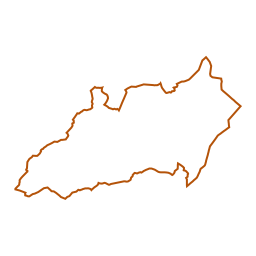 Jølster nor, Sogn og Fjordane, Norway
{"feature_id": "86288312B82743571298171", "entity_name": "Jølster nor", "entity_type": "district", "adm_level": 2, "iso_a3": "NOR", "parent_name": "Norway", "parent_adm1": "Sogn og Fjordane", "projection": "orthographic", "projection_center": [6.402, 61.569], "detail": "fine", "context": "isolated", "style": "outline", "palette": "amber", "viewbox_px": 256, "rotation_deg": 0, "n_neighbors": 0, "source": "geoboundaries", "source_scale": "gbopen_adm2", "svg_char_len": 5777}
<svg xmlns="http://www.w3.org/2000/svg" viewBox="0 0 256 256"><path d="M72.9,119.7L73.7,120.6L73.8,122.7L72.8,123.2L72.3,123.5L72.3,124.1L72.5,125.1L72.5,125.8L72.0,126.6L71.5,127.5L66.6,132.8L67.4,133.5L67.5,133.7L68.3,135.5L68.0,136.3L67.3,137.3L66.3,138.6L65.8,139.4L62.9,139.8L62.3,139.9L61.0,139.9L57.4,141.9L54.4,141.6L51.8,143.1L51.0,143.5L49.6,144.2L47.8,145.0L46.9,145.5L46.1,146.3L43.7,147.9L43.2,148.8L41.9,149.3L40.9,150.2L40.7,150.8L41.0,151.4L39.8,153.5L37.4,155.8L36.2,155.9L32.9,155.7L31.8,157.2L30.6,158.0L29.3,159.0L27.4,162.0L27.3,163.0L27.0,167.8L26.9,168.5L26.2,169.5L26.4,170.3L27.4,170.8L27.4,171.6L27.1,171.8L22.5,176.5L20.9,178.3L19.8,179.9L19.6,180.2L19.7,182.1L19.4,182.7L19.2,184.7L18.6,185.5L17.9,186.1L15.4,188.7L15.4,189.4L19.6,190.5L25.4,192.7L25.1,193.1L25.1,193.7L25.2,193.9L25.2,194.5L25.2,195.0L25.2,195.4L25.3,195.5L26.3,195.6L27.4,196.1L28.0,196.3L28.6,196.3L29.4,196.3L31.8,194.7L32.7,194.1L34.8,193.6L38.3,192.0L43.9,188.2L47.6,187.5L50.7,190.3L51.5,191.2L53.8,191.4L56.1,192.9L59.6,195.7L60.9,197.0L65.3,198.8L67.3,196.9L69.4,196.1L72.3,192.6L76.4,191.6L78.3,189.8L79.1,190.0L79.9,190.3L80.3,190.0L81.6,189.7L81.9,189.6L82.1,189.4L82.5,189.2L85.2,188.4L86.2,188.4L86.7,188.4L88.2,188.3L88.6,188.4L89.0,188.5L90.2,188.9L90.6,189.1L91.1,189.7L91.4,190.1L92.1,189.3L93.0,188.6L93.8,187.8L95.0,186.9L96.4,186.0L97.7,184.9L98.1,184.2L98.3,183.6L98.4,183.2L98.5,182.9L99.7,183.4L101.7,183.6L102.5,183.5L104.3,182.9L104.9,182.9L106.0,183.3L107.3,184.0L108.5,184.6L109.0,184.8L109.7,184.6L110.9,184.0L124.1,181.3L125.0,181.3L126.1,181.6L127.0,181.6L128.1,181.4L130.5,179.9L130.9,178.8L130.9,178.3L131.2,177.5L131.9,176.9L132.4,176.5L132.6,176.1L132.7,175.7L132.7,175.3L132.7,175.0L133.0,174.7L133.2,174.4L133.5,174.1L133.8,173.8L134.2,173.3L134.7,172.9L135.2,173.0L135.8,173.1L136.8,173.4L137.2,173.4L137.6,173.3L138.3,172.8L140.3,172.2L140.5,172.2L141.1,172.5L141.4,172.6L141.6,172.5L143.1,171.5L143.7,171.0L144.6,170.6L145.7,170.0L148.0,169.1L149.4,168.5L150.5,168.5L151.3,168.5L152.0,168.7L154.3,169.5L155.0,169.8L157.9,171.6L158.5,171.9L159.6,172.2L160.6,172.3L163.4,172.3L165.8,172.4L168.1,172.7L168.8,172.9L169.8,173.4L170.2,173.5L170.6,173.7L171.6,174.6L172.2,175.0L172.7,174.7L173.0,174.5L174.0,173.3L174.5,172.5L174.6,171.9L174.8,171.0L176.4,169.8L177.7,168.8L177.7,168.2L177.8,166.7L177.8,165.3L177.9,164.2L178.0,163.4L180.1,164.7L181.0,165.3L183.0,166.8L184.0,167.9L184.0,168.2L183.8,169.8L183.7,170.3L184.1,170.5L185.1,170.6L185.7,170.9L186.5,171.6L186.9,172.1L188.0,173.3L188.1,173.7L188.1,174.0L187.7,174.5L187.6,176.7L187.5,176.8L186.6,177.5L186.1,177.9L186.2,178.1L186.9,179.4L186.9,179.9L186.9,180.5L186.9,181.6L186.9,184.3L186.9,185.3L187.0,186.2L189.0,184.5L190.0,183.6L190.7,183.0L192.7,181.4L194.1,180.0L194.9,179.4L196.8,177.7L197.7,176.0L198.7,173.7L199.7,171.7L200.2,170.0L200.6,168.9L200.9,168.6L202.0,167.8L204.2,166.0L204.8,165.4L205.2,164.5L205.7,162.6L206.0,161.7L206.1,160.8L206.9,158.0L207.8,154.9L208.1,153.5L208.5,152.1L208.9,150.1L209.1,149.6L210.0,146.2L210.5,145.7L210.8,145.2L212.1,143.5L215.6,138.7L215.9,138.2L216.4,137.6L217.3,136.2L217.8,135.6L218.1,135.3L218.5,135.0L220.7,133.5L221.8,132.6L222.5,132.1L224.1,130.9L225.3,130.1L228.5,127.7L229.2,127.3L228.9,125.1L228.8,123.6L228.6,122.2L228.4,120.1L233.6,114.2L237.7,109.5L240.6,106.2L235.5,101.9L233.8,100.2L232.0,98.8L228.7,95.8L226.5,93.9L223.8,91.6L223.5,91.4L222.6,90.5L221.6,89.6L221.3,86.0L221.3,84.9L221.3,83.6L221.5,83.0L221.8,81.2L221.5,80.5L221.4,80.0L221.2,78.6L212.4,77.3L210.5,75.8L210.3,74.9L210.1,73.9L210.2,73.3L210.6,70.3L210.9,68.1L211.2,66.0L210.1,63.0L209.7,61.9L207.1,58.5L206.0,57.2L203.4,59.6L202.4,60.4L198.8,69.9L197.7,71.0L190.2,78.5L188.8,79.7L185.3,81.1L183.8,81.5L181.7,81.6L176.8,83.9L177.5,85.4L176.9,86.8L174.7,87.4L174.1,87.4L173.7,87.6L174.1,88.0L174.6,88.3L174.5,88.7L174.4,89.0L174.6,89.9L174.7,90.5L174.1,91.0L171.9,91.3L171.4,92.1L171.2,92.4L170.9,92.5L170.4,92.5L170.1,92.3L169.9,92.2L169.4,92.1L168.3,92.5L166.7,93.0L166.2,92.9L165.8,92.7L164.9,91.6L164.0,90.5L163.2,89.4L162.5,88.5L162.1,87.9L161.9,87.5L161.3,85.9L161.0,84.6L160.5,83.3L160.2,83.8L159.4,84.1L158.1,84.9L157.5,85.0L157.4,85.1L157.2,85.2L155.3,85.2L154.3,85.3L153.9,85.2L153.3,85.1L143.7,84.4L140.5,85.4L138.5,86.0L136.9,86.5L136.6,86.6L136.4,86.8L136.0,86.9L131.4,86.6L130.1,87.2L127.5,88.5L125.3,90.0L126.1,91.2L126.4,92.1L126.5,92.6L124.4,97.5L123.9,98.7L123.3,100.0L122.0,103.0L121.2,105.0L120.3,107.2L119.7,108.6L118.9,110.4L118.5,109.8L118.1,109.4L117.8,109.2L117.2,108.9L116.7,109.3L116.0,109.4L115.1,109.0L114.5,108.8L114.4,108.8L114.2,108.8L113.7,109.0L113.0,109.3L112.3,109.0L111.5,108.7L109.1,108.0L108.7,107.8L108.6,107.7L108.0,107.0L106.9,106.2L106.2,105.7L105.6,105.5L104.3,104.7L105.1,103.8L105.5,103.3L106.1,102.4L106.4,101.9L106.8,101.2L107.1,100.7L107.7,99.1L108.0,98.4L108.0,98.1L107.9,97.2L107.8,96.7L107.6,96.1L107.4,95.8L107.4,95.6L107.2,95.2L106.7,94.6L106.4,94.3L106.1,94.3L105.1,93.8L103.8,93.0L103.1,92.5L102.1,91.6L101.9,91.3L101.8,90.8L101.8,90.5L101.9,89.1L102.1,87.8L102.2,87.6L101.4,87.8L99.1,87.9L98.7,87.8L98.1,87.7L97.7,87.8L96.5,87.8L95.8,87.6L95.4,87.4L94.9,87.0L92.3,89.4L91.0,90.4L90.7,90.8L90.8,91.1L91.1,91.7L91.5,92.8L91.8,94.1L91.9,94.6L92.1,95.6L92.2,96.5L92.4,97.4L92.6,98.3L92.6,98.8L92.6,99.1L92.2,100.2L91.8,101.7L91.8,102.0L91.9,102.4L92.4,103.2L92.6,103.6L92.5,104.3L92.2,104.8L92.0,105.2L92.0,105.7L92.0,106.1L92.1,106.4L92.2,106.9L92.3,107.4L92.3,107.6L91.9,108.0L91.6,108.3L90.1,109.3L89.9,109.4L89.3,109.4L87.2,110.1L86.3,110.2L84.9,109.9L84.4,109.9L83.9,110.0L83.6,110.2L82.7,110.7L82.4,111.0L82.1,111.4L81.2,111.8L80.8,112.0L80.3,112.6L79.1,113.3L78.9,113.6L77.3,113.3L77.0,113.8L76.4,114.8L75.9,115.4L75.1,116.7L74.1,118.0L72.9,119.7Z" fill="none" stroke="#b45309" stroke-width="2"/></svg>